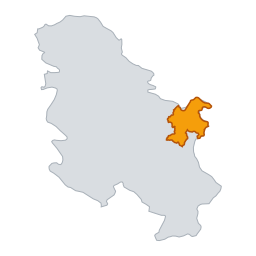 Borski on a map of Republic of Serbia (Natural Earth projection)
{"feature_id": "SRB-125", "entity_name": "Borski", "entity_type": "District", "adm_level": 1, "iso_a3": "SRB", "parent_name": "Republic of Serbia", "parent_adm1": "", "projection": "natural_earth1", "projection_center": [22.104, 44.305], "detail": "fine", "context": "in_parent", "style": "filled", "palette": "amber", "viewbox_px": 256, "rotation_deg": 0, "n_neighbors": 0, "source": "natural_earth", "source_scale": "10m", "svg_char_len": 8044}
<svg xmlns="http://www.w3.org/2000/svg" viewBox="0 0 256 256"><path d="M147.9,92.1L155.3,94.2L158.6,96.2L160.4,98.7L165.1,100.4L172.7,101.3L178.0,103.9L181.0,108.4L185.9,107.3L192.7,100.7L199.3,99.0L205.9,102.1L209.4,104.8L210.1,106.8L208.5,107.6L204.9,107.2L201.9,108.5L199.6,111.4L199.2,114.5L200.9,117.8L203.2,120.1L206.2,121.3L207.8,123.0L208.0,125.2L208.8,125.8L207.1,126.8L205.2,128.3L204.2,131.0L203.9,135.2L198.1,138.4L195.9,139.1L194.9,141.2L193.4,147.4L193.6,152.0L194.4,154.4L194.7,156.3L196.6,158.7L198.4,162.3L199.5,167.1L202.0,170.8L208.5,174.5L211.7,176.6L214.1,179.7L216.0,182.5L221.3,186.2L220.9,188.8L219.8,191.4L218.5,192.6L215.9,195.9L213.3,197.8L209.0,203.7L202.3,204.0L200.6,204.4L198.1,206.0L196.8,209.0L198.0,211.3L197.9,213.7L196.7,218.3L198.4,223.3L200.7,225.5L201.1,226.9L200.7,229.2L197.2,233.9L196.1,235.6L192.5,236.5L191.3,236.1L189.4,234.4L187.7,233.9L183.5,235.9L179.1,237.0L175.7,236.1L172.4,236.0L170.0,236.8L168.3,237.1L164.8,239.2L159.3,240.6L156.7,240.3L155.8,238.4L154.7,235.7L155.3,234.4L158.9,232.3L159.3,230.2L164.5,220.3L165.4,217.0L165.5,216.0L164.2,215.3L161.4,215.3L148.9,211.3L149.5,206.7L145.9,204.2L142.0,202.0L141.3,199.5L137.0,194.5L133.8,191.7L129.7,190.3L126.2,188.2L124.1,187.0L123.2,184.7L123.2,183.3L122.1,181.9L120.4,182.1L117.6,183.9L114.0,185.5L113.4,186.7L114.7,189.5L115.6,191.2L115.1,192.9L114.0,195.0L107.2,199.7L106.4,201.3L107.7,203.9L106.9,205.2L101.2,206.9L101.3,205.4L101.0,203.1L97.8,200.7L93.2,198.8L83.0,192.3L79.1,191.4L75.6,190.7L70.6,187.5L68.0,187.0L65.2,184.8L59.0,177.2L53.8,173.2L50.2,171.1L49.2,169.1L49.0,167.0L49.1,166.3L51.9,163.4L54.0,162.9L56.7,162.8L58.5,164.3L60.8,164.6L62.2,162.7L62.9,160.0L62.6,156.5L57.0,148.4L52.2,142.7L51.7,141.5L52.8,140.4L54.5,139.9L56.3,140.3L61.0,140.7L65.5,140.2L67.1,138.8L67.1,137.0L65.5,135.3L60.2,130.6L56.1,126.5L51.3,123.4L47.7,122.1L46.7,120.5L46.2,118.8L46.7,115.7L46.9,111.7L47.8,109.2L51.1,104.5L54.3,99.5L56.3,94.7L57.3,90.3L57.0,89.0L55.4,88.0L52.0,87.1L47.2,87.9L43.1,89.5L41.5,89.6L41.0,87.7L41.7,86.8L43.0,86.9L44.0,87.3L45.1,86.3L45.8,83.7L44.3,74.3L47.3,73.5L47.3,72.1L47.6,70.9L50.7,72.6L55.1,72.6L59.0,72.3L59.5,71.3L59.5,70.0L58.7,69.0L57.4,68.1L56.4,66.8L53.8,66.3L45.8,62.9L41.8,59.3L42.0,55.5L43.2,53.4L44.6,52.7L44.2,52.0L39.6,50.2L38.1,47.8L39.4,44.7L37.1,38.3L34.7,34.4L37.2,32.7L37.5,30.3L37.7,28.9L38.8,28.9L42.7,27.3L44.2,26.0L45.0,24.5L46.0,24.1L48.6,25.8L51.4,25.9L54.5,24.8L56.9,23.4L59.7,22.2L61.0,21.3L62.7,20.0L66.0,16.2L69.7,15.4L74.7,16.3L80.1,16.7L84.1,15.8L94.3,16.9L96.5,17.8L97.9,18.8L100.5,22.1L103.1,26.4L106.6,28.4L110.9,30.7L113.0,32.5L116.2,37.6L118.8,40.1L119.6,40.0L120.5,39.3L121.1,38.8L121.7,39.3L121.8,40.8L121.9,44.3L121.3,48.0L122.2,51.5L122.2,52.6L121.5,53.6L121.6,54.5L122.5,55.4L125.9,57.7L129.1,61.3L132.8,63.8L136.2,65.4L138.4,65.5L141.9,68.3L148.9,70.4L151.2,71.1L152.7,72.3L153.8,73.7L153.9,75.2L152.8,75.9L151.3,77.9L150.7,80.3L149.5,80.9L148.4,80.9L147.6,81.6L147.8,82.7L148.7,83.7L150.2,84.6L153.0,85.5L155.7,86.8L155.7,87.8L155.1,89.0L151.6,89.4L149.0,89.6L147.8,90.1L147.9,92.1Z" fill="#d9dde1" stroke="#a8b0b8" stroke-width="1"/><path d="M208.2,126.4L206.2,127.2L205.8,127.6L205.1,128.6L204.4,129.4L204.3,129.5L204.2,129.8L204.3,130.1L204.4,130.3L204.5,130.3L204.0,132.0L203.9,132.6L203.9,133.2L204.2,134.4L204.2,134.9L203.7,135.8L202.9,136.0L202.0,135.9L201.0,136.2L200.5,136.9L200.2,137.7L199.7,138.3L198.7,138.4L198.0,138.5L198.0,138.4L197.9,138.2L197.7,137.9L197.4,137.7L197.4,137.1L197.2,136.6L197.2,136.4L197.2,136.2L197.3,136.0L197.5,135.9L197.8,135.8L198.0,135.7L198.2,135.3L198.4,135.1L198.6,135.0L198.7,134.8L198.8,134.5L198.8,134.4L198.7,134.3L198.5,133.9L198.3,133.5L198.2,133.3L197.9,133.2L197.4,133.1L196.9,133.0L196.4,132.9L196.1,132.7L195.9,132.5L195.7,132.1L195.4,131.9L194.9,131.5L194.6,131.4L194.3,131.4L193.9,131.4L193.6,131.4L193.2,131.4L192.9,131.6L192.5,131.9L192.4,132.0L192.2,132.0L191.9,132.0L191.4,131.8L191.2,131.8L190.4,131.7L190.2,131.7L189.8,131.6L189.4,131.6L189.1,131.4L188.3,130.8L187.9,130.4L187.6,130.2L187.4,129.8L187.1,130.2L187.0,130.5L187.0,130.8L186.9,130.9L186.8,131.0L186.6,131.3L186.4,131.6L186.2,131.8L186.0,132.0L185.9,132.1L185.6,132.6L185.5,132.9L185.5,133.0L185.9,133.3L186.3,133.5L186.5,133.7L186.6,133.8L186.6,134.0L186.7,134.3L186.6,134.8L186.6,135.2L186.6,135.3L186.7,135.5L187.0,135.8L187.2,136.4L187.2,136.5L187.3,136.5L187.6,136.9L187.6,137.0L187.7,137.3L187.6,137.8L187.7,138.3L187.6,138.6L187.5,138.8L187.4,138.9L187.2,139.0L186.7,139.1L186.4,139.3L186.3,139.8L186.2,139.9L186.2,140.0L185.7,140.5L185.5,140.9L185.3,141.3L185.1,141.7L184.8,142.0L184.7,142.1L184.6,142.5L184.4,142.8L184.4,143.1L184.5,143.5L184.5,143.8L184.4,144.0L184.3,144.3L184.2,144.7L184.1,144.8L183.9,144.9L183.4,145.2L182.9,145.3L182.5,146.1L182.3,146.6L181.8,146.3L181.5,146.0L180.1,145.4L179.8,145.3L179.6,145.1L179.5,144.9L179.4,144.5L179.3,144.3L179.1,144.0L179.1,143.9L179.1,143.6L179.0,143.3L178.7,143.0L178.6,142.8L178.5,142.5L178.4,142.4L178.3,142.2L178.2,142.2L177.9,142.2L177.7,142.2L177.5,142.3L177.3,142.7L177.0,143.0L176.8,143.1L176.7,143.1L176.2,142.9L175.8,142.7L175.6,142.7L175.1,142.6L174.8,142.5L174.7,142.5L174.2,142.2L173.7,141.7L173.5,141.4L173.3,141.3L172.9,141.2L172.7,140.8L172.5,140.6L172.2,140.3L172.2,140.2L171.6,140.1L171.1,139.9L170.9,139.9L170.6,140.0L170.0,140.2L169.6,140.2L169.4,140.2L169.1,140.2L168.7,139.9L168.3,139.9L168.2,139.9L167.7,140.1L167.3,140.1L166.5,140.0L166.5,139.3L166.5,139.0L166.6,138.9L166.9,138.6L167.0,138.5L167.1,138.4L167.1,137.7L167.3,137.4L167.6,137.3L167.8,137.2L168.1,137.0L168.2,136.9L168.2,136.5L168.3,136.4L168.5,135.7L169.2,135.5L169.4,135.5L169.9,135.6L170.0,135.6L170.3,135.5L170.5,135.3L170.8,135.0L170.9,134.9L171.4,134.5L171.9,134.3L172.4,134.1L172.7,134.0L172.8,134.0L174.1,134.0L174.4,133.9L174.6,133.8L174.7,133.7L174.9,133.3L175.0,133.2L174.9,132.9L174.6,132.6L174.5,132.3L174.4,131.8L174.3,131.4L174.3,131.2L174.7,130.9L174.8,130.8L174.9,130.7L174.9,130.4L174.8,130.1L174.8,129.8L174.8,129.3L174.8,129.0L174.9,128.6L174.9,128.3L174.8,128.1L174.7,127.7L174.6,127.4L174.6,127.2L174.8,126.9L174.9,126.7L174.7,126.5L174.5,126.4L174.3,126.4L174.1,126.5L173.9,126.6L173.5,127.1L173.2,127.4L173.1,127.5L172.9,127.5L172.8,127.4L172.5,127.1L172.1,126.8L172.1,126.7L172.1,126.3L172.2,125.9L172.2,125.7L172.1,125.1L172.1,124.9L172.1,124.7L172.0,124.1L172.0,123.7L171.9,123.3L171.8,123.1L171.4,122.7L171.2,122.6L170.7,122.4L170.3,122.2L170.2,122.1L169.8,122.1L169.6,122.1L169.0,122.3L168.5,122.4L168.3,122.1L168.1,121.6L168.1,121.4L168.3,121.0L168.3,120.9L168.3,120.7L168.1,120.4L167.7,120.1L167.6,119.9L167.5,119.7L167.5,119.4L167.5,119.1L167.5,118.9L167.7,118.6L167.8,118.5L168.2,118.4L168.4,118.2L168.5,117.9L168.6,117.1L168.7,116.9L168.8,116.7L169.0,116.7L169.5,116.6L170.0,116.8L170.3,116.7L170.7,116.0L171.0,115.7L171.3,115.3L171.5,115.1L171.8,115.0L172.4,115.1L172.8,115.1L173.0,115.0L173.1,114.9L173.4,114.4L173.4,114.1L173.3,113.7L173.1,113.3L173.0,113.0L173.1,112.9L173.1,112.7L173.3,112.4L173.4,112.2L173.5,111.8L173.6,111.6L173.8,111.3L173.9,111.1L173.9,110.8L173.9,110.6L173.9,110.4L173.6,110.0L173.8,109.8L174.0,109.7L174.3,109.6L174.6,109.6L174.8,109.4L174.8,109.1L174.8,108.9L175.1,108.6L175.5,108.2L175.8,107.8L176.3,107.4L177.6,106.1L178.5,105.7L178.6,106.4L178.9,106.8L179.3,107.2L179.9,107.5L180.3,107.9L180.8,109.5L181.5,110.2L182.6,110.6L183.5,110.7L184.6,110.5L185.2,109.9L190.4,101.5L190.6,100.6L191.3,100.2L193.2,99.8L194.0,99.3L195.6,97.7L196.1,97.4L197.2,97.4L198.0,97.6L198.7,98.0L201.9,101.1L203.4,102.2L204.9,102.9L208.5,103.3L209.2,103.7L211.5,106.1L211.2,107.1L210.4,107.8L209.4,108.3L208.5,108.4L207.5,108.2L205.9,107.2L204.9,106.8L204.0,106.8L203.1,107.0L202.4,107.6L202.2,108.6L202.0,109.6L201.7,110.1L201.1,110.4L199.5,110.4L199.1,110.6L198.7,110.8L198.5,111.3L198.4,112.1L198.4,112.9L198.6,113.3L199.5,114.1L199.7,114.5L199.8,115.0L199.6,115.9L199.7,116.3L200.5,118.0L201.7,119.5L203.2,120.6L205.0,121.4L206.8,121.6L207.7,122.0L208.1,122.7L207.9,125.5L208.1,126.3L208.2,126.4Z" fill="#f59e0b" stroke="#b45309" stroke-width="1.5"/></svg>